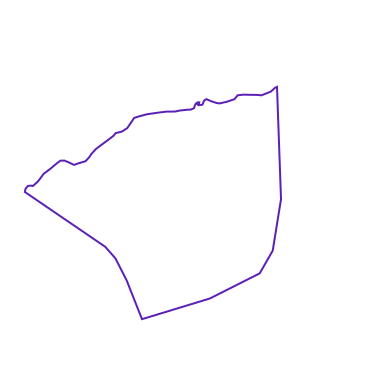 Dahab, Janub Sina', Egypt, rotated 232°
{"feature_id": "37247803B99399074441335", "entity_name": "Dahab", "entity_type": "district", "adm_level": 2, "iso_a3": "EGY", "parent_name": "Egypt", "parent_adm1": "Janub Sina'", "projection": "albers", "projection_center": [34.572, 28.733], "detail": "fine", "context": "isolated", "style": "outline", "palette": "violet", "viewbox_px": 384, "rotation_deg": 232, "n_neighbors": 0, "source": "geoboundaries", "source_scale": "gbopen_adm2", "svg_char_len": 1014}
<svg xmlns="http://www.w3.org/2000/svg" viewBox="0 0 384 384"><g transform="rotate(232 192 192)"><path d="M222.5,323.7L222.8,322.4L223.0,321.6L222.6,315.8L225.4,306.3L228.0,303.6L232.1,298.5L237.0,292.5L240.1,287.5L239.0,282.6L240.7,277.8L241.5,275.5L244.8,268.3L246.7,266.4L251.4,263.2L256.3,260.5L256.6,257.9L254.4,254.0L256.3,250.6L257.3,250.4L257.5,252.0L258.2,252.9L259.0,252.0L259.3,249.5L258.3,247.2L256.8,245.4L257.6,241.9L259.7,239.0L263.6,232.7L265.8,228.2L271.0,221.5L275.0,214.8L281.0,204.4L281.1,204.1L284.1,197.1L286.0,192.0L284.6,187.9L282.6,181.5L282.2,180.4L282.8,173.9L285.4,168.1L284.6,164.7L284.7,158.9L285.0,147.4L285.0,142.5L283.9,136.2L282.7,132.4L281.8,127.0L284.4,120.5L286.0,115.7L291.3,113.1L295.2,110.9L297.7,107.6L297.8,102.8L297.5,94.8L297.7,86.4L296.3,81.5L295.1,76.7L294.7,70.3L296.2,69.0L297.8,66.4L296.9,62.6L294.9,60.3L202.2,89.9L186.8,90.8L162.6,86.1L122.6,74.3L97.1,140.5L86.2,195.3L96.1,219.5L131.5,257.7L222.5,323.7Z" fill="none" stroke="#5b21b6" stroke-width="2"/></g></svg>